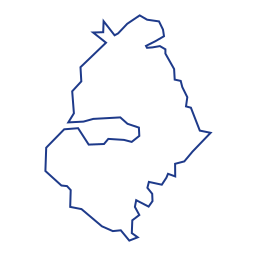 outline of Gothèye, Tillabéri, Niger
{"feature_id": "23599985B45142923275636", "entity_name": "Gothèye", "entity_type": "district", "adm_level": 2, "iso_a3": "NER", "parent_name": "Niger", "parent_adm1": "Tillabéri", "projection": "natural_earth1", "projection_center": [1.28, 13.795], "detail": "fine", "context": "isolated", "style": "outline", "palette": "blue", "viewbox_px": 256, "rotation_deg": 0, "n_neighbors": 0, "source": "geoboundaries", "source_scale": "gbopen_adm2", "svg_char_len": 993}
<svg xmlns="http://www.w3.org/2000/svg" viewBox="0 0 256 256"><path d="M45.4,171.0L61.4,185.5L67.0,186.1L70.7,190.1L70.2,206.9L81.5,209.1L101.9,226.3L112.8,231.1L120.8,230.3L129.3,240.6L137.7,237.3L131.8,233.1L132.3,220.3L139.3,215.0L134.9,206.9L136.2,200.2L148.6,206.6L152.5,201.1L152.2,193.8L147.4,187.8L148.9,181.9L161.8,184.7L166.4,177.7L168.0,173.8L175.2,176.4L175.1,163.8L184.3,161.4L192.5,151.6L210.6,132.8L199.8,130.6L190.9,107.7L186.0,106.4L187.3,97.2L182.3,87.1L180.7,80.9L174.7,79.6L174.1,69.0L165.4,53.6L165.4,49.3L159.9,46.1L152.4,47.4L147.0,47.8L146.0,45.9L155.2,41.3L164.0,36.2L163.0,29.6L159.0,21.4L147.1,19.7L139.7,15.4L127.2,23.8L118.1,33.4L114.6,35.3L103.6,21.2L103.2,32.2L93.1,32.5L106.0,42.7L80.5,67.2L81.3,81.4L72.2,91.3L73.9,113.3L68.3,122.4L83.5,121.6L93.3,118.9L120.3,117.4L127.5,123.8L138.9,127.6L139.3,135.9L131.7,141.9L124.0,139.9L108.3,138.9L104.0,144.0L88.7,144.6L78.1,128.2L64.2,129.3L46.2,147.7L45.4,171.0Z" fill="none" stroke="#1e3a8a" stroke-width="2"/></svg>